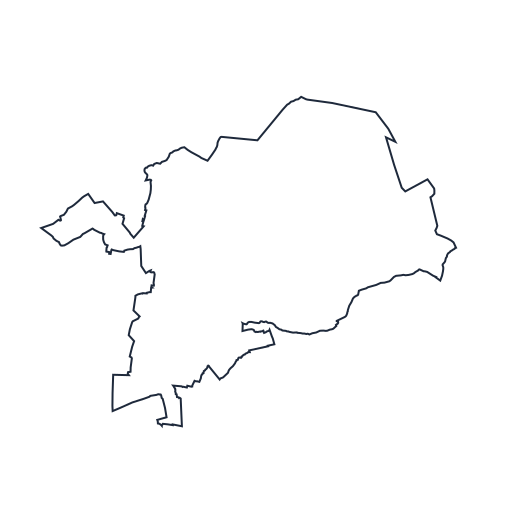 Amecameca, México, Mexico, rotated 339°
{"feature_id": "50627088B19477271407019", "entity_name": "Amecameca", "entity_type": "district", "adm_level": 2, "iso_a3": "MEX", "parent_name": "Mexico", "parent_adm1": "México", "projection": "orthographic", "projection_center": [-98.751, 19.12], "detail": "fine", "context": "isolated", "style": "outline", "palette": "slate", "viewbox_px": 512, "rotation_deg": 339, "n_neighbors": 0, "source": "geoboundaries", "source_scale": "gbopen_adm2", "svg_char_len": 6132}
<svg xmlns="http://www.w3.org/2000/svg" viewBox="0 0 512 512"><g transform="rotate(339 256 256)"><path d="M419.3,164.7L382.0,140.5L360.0,128.4L358.8,127.5L355.2,123.6L351.6,124.8L349.1,124.3L346.5,124.8L344.0,124.5L341.4,125.6L339.3,125.9L333.4,128.9L298.8,148.5L266.5,132.4L265.6,132.3L264.1,133.2L261.8,135.2L260.7,136.5L259.6,138.7L258.4,140.2L257.0,141.3L256.4,142.0L251.1,145.7L244.9,149.7L240.1,144.9L238.9,143.0L232.8,135.9L230.2,132.4L228.1,128.8L225.4,128.3L223.7,128.4L221.7,129.0L219.6,128.9L218.6,128.6L216.3,128.7L215.1,129.3L213.1,129.3L212.2,129.6L210.1,132.1L206.9,134.4L204.9,134.6L201.9,134.4L199.6,135.5L196.7,133.6L194.0,133.6L192.3,134.8L191.7,134.2L190.8,133.7L188.6,133.5L186.9,133.8L185.8,134.5L184.9,134.1L184.2,134.3L183.1,135.0L182.4,136.5L182.3,137.7L182.4,138.3L183.6,141.0L183.4,142.0L182.2,143.9L180.1,145.9L184.1,146.6L185.1,147.2L185.3,147.8L184.1,149.0L183.0,153.0L181.6,156.3L179.9,159.5L176.0,164.9L173.5,167.5L172.4,168.1L171.5,168.2L171.0,168.7L170.0,170.6L170.0,171.6L168.9,173.3L170.0,174.1L166.5,178.6L166.4,178.8L166.7,179.1L164.4,182.1L163.6,180.9L162.4,182.8L163.3,183.4L160.6,187.1L161.8,188.0L148.4,195.1L146.6,190.1L146.6,189.0L142.9,178.1L146.4,173.5L145.9,172.4L147.0,170.9L141.4,166.1L140.3,167.7L139.7,167.9L138.7,167.5L137.6,163.4L132.7,150.2L124.3,148.7L121.6,137.9L117.0,138.6L114.7,139.2L110.1,141.1L104.4,143.1L102.1,143.7L97.4,144.3L94.8,146.7L91.4,148.7L88.1,148.7L87.3,148.9L86.8,152.6L86.6,152.8L85.8,152.8L84.5,151.4L78.1,153.3L65.5,152.9L72.3,163.5L73.2,165.3L73.3,167.1L75.1,170.3L77.1,172.5L77.0,173.9L77.5,176.1L78.5,176.8L80.9,177.4L85.3,176.8L91.4,175.3L98.8,175.2L102.3,173.4L104.0,173.3L113.2,171.8L113.8,172.5L114.2,173.4L118.6,178.3L119.9,179.1L120.5,179.9L122.1,181.2L121.0,181.8L120.4,182.7L119.3,185.6L119.1,186.9L119.0,188.6L119.3,191.1L121.3,192.9L120.3,194.0L120.2,194.3L119.5,194.7L118.0,197.8L117.9,198.3L120.2,199.6L119.9,200.9L119.7,201.3L121.0,202.0L123.2,198.5L123.6,198.2L124.9,199.4L130.0,202.7L134.1,204.8L135.0,203.8L138.4,204.0L140.7,204.5L143.7,205.5L145.3,205.1L147.3,205.4L149.0,205.4L150.3,205.6L151.5,205.4L150.8,208.2L145.3,224.2L147.1,232.5L151.2,231.7L152.5,231.7L151.5,232.8L151.9,233.4L152.9,234.0L154.3,234.2L155.0,234.9L154.8,236.9L150.7,244.4L150.3,246.6L149.9,247.1L148.0,246.0L147.1,247.6L147.6,248.3L146.7,248.1L144.8,252.0L143.8,251.6L140.9,251.2L140.6,251.8L137.6,250.4L136.8,250.4L136.8,250.1L133.8,249.7L131.9,249.5L129.2,249.9L128.4,251.7L122.1,262.9L125.7,270.7L124.8,271.1L123.6,272.2L117.5,272.8L116.6,273.5L112.0,279.2L108.8,284.3L111.7,291.8L107.9,296.3L102.1,304.6L103.4,306.1L103.4,307.1L99.1,315.0L97.4,319.1L94.9,318.6L94.1,319.9L94.6,321.7L80.1,315.7L73.0,332.5L68.2,344.6L66.6,349.4L74.9,349.1L88.1,348.4L100.3,349.1L106.1,349.2L107.2,348.7L113.3,350.0L115.1,350.0L115.8,350.3L116.1,350.7L116.8,350.8L117.4,351.2L117.5,352.2L117.1,354.7L117.7,356.0L116.6,365.3L114.7,374.5L105.1,373.6L105.0,375.3L104.4,377.2L105.7,378.0L106.8,379.6L107.2,380.7L107.5,380.0L108.2,379.9L108.9,379.3L113.6,381.7L117.7,384.1L117.9,383.4L125.8,388.4L134.6,362.1L134.0,361.1L133.6,360.8L133.2,360.9L133.1,360.2L131.7,359.4L132.3,356.7L131.6,356.2L132.1,354.5L131.9,353.8L132.8,352.0L132.7,351.6L133.0,350.8L132.5,349.3L132.6,348.8L132.2,347.3L139.8,351.0L140.5,351.9L140.8,351.8L141.4,352.1L144.3,354.0L145.4,352.5L148.9,354.9L149.7,355.0L150.0,354.2L153.9,350.5L155.0,351.5L156.0,351.8L158.0,353.2L160.6,350.5L161.8,348.4L162.7,347.4L163.3,347.3L164.0,346.5L164.6,346.7L165.0,346.6L165.1,345.9L165.8,345.4L166.1,344.7L167.5,344.5L168.0,343.9L169.1,343.7L170.6,342.7L171.2,341.6L172.1,341.2L172.5,341.6L172.4,341.8L177.8,358.2L178.4,357.7L178.7,357.8L179.4,357.5L181.0,357.6L181.9,357.5L187.5,355.2L188.1,354.9L189.1,353.6L190.2,352.6L192.1,351.6L194.9,350.6L197.9,348.7L199.3,347.3L200.1,346.9L200.5,346.2L201.8,346.4L202.9,345.0L203.5,344.7L204.5,345.0L205.5,345.7L206.4,345.3L206.5,344.7L207.5,344.5L209.0,343.8L210.2,344.0L211.2,343.4L212.7,343.4L213.9,343.2L214.4,342.9L215.7,343.5L215.8,341.7L234.9,344.6L234.9,344.0L241.5,345.0L242.1,339.1L242.0,336.7L242.2,329.7L241.7,330.2L241.1,330.5L239.2,330.3L237.8,330.7L236.0,330.7L236.1,328.3L235.7,328.3L235.1,328.6L233.5,328.1L233.1,328.3L232.4,327.9L230.4,327.6L229.2,326.9L228.6,327.0L227.5,325.9L227.5,324.5L227.2,324.1L226.6,323.4L225.5,322.7L222.3,321.9L216.5,321.2L219.4,314.4L219.4,313.9L220.2,314.8L222.4,316.3L223.0,316.3L224.4,315.3L225.9,315.1L228.1,315.9L231.0,317.8L234.6,319.7L235.3,319.7L236.6,318.8L237.2,318.7L238.3,319.3L239.1,320.2L240.0,320.7L241.2,320.6L242.1,320.9L243.0,322.4L243.6,322.9L245.4,323.5L247.3,324.9L248.8,327.4L249.1,329.1L249.4,329.7L250.2,330.6L251.6,332.8L253.3,333.9L253.9,335.0L257.1,336.6L257.9,337.5L259.3,338.1L259.8,338.7L263.1,340.8L266.8,342.0L267.0,342.5L270.1,344.0L271.9,345.2L273.3,345.7L275.1,346.9L276.1,347.0L276.8,347.4L277.7,348.4L280.9,348.3L284.8,349.0L288.9,348.7L292.2,349.8L294.3,350.9L295.8,351.3L298.5,351.2L300.6,351.6L302.1,351.6L305.9,350.1L305.9,349.0L307.1,348.6L307.7,348.6L308.6,348.0L309.0,347.3L309.1,346.6L308.0,345.8L308.1,345.5L316.4,344.8L317.7,344.6L318.8,344.1L320.6,342.2L321.1,341.2L321.9,340.5L322.3,339.5L325.3,335.8L328.6,333.2L331.3,330.4L333.4,329.4L334.6,329.3L335.5,329.0L336.7,329.1L337.5,328.7L339.6,325.3L342.7,325.3L347.2,325.7L349.3,325.3L357.9,326.1L362.8,325.8L366.4,326.9L371.4,327.4L372.9,327.0L377.2,325.0L379.7,324.7L384.3,326.0L386.8,326.4L388.8,327.6L391.8,328.4L395.6,328.9L397.4,328.7L399.0,328.1L402.3,327.6L402.8,327.2L403.6,327.0L404.0,327.2L407.0,330.3L408.1,330.8L410.1,332.2L414.3,337.9L416.5,340.0L416.1,340.2L419.2,345.0L422.6,341.1L425.0,337.4L426.2,335.2L426.8,333.6L426.9,331.4L427.3,330.7L429.8,329.4L430.6,328.8L432.5,326.0L434.0,325.0L434.5,323.9L435.5,323.0L436.2,322.4L438.5,321.8L439.1,321.3L441.1,321.0L442.0,320.7L443.9,320.5L444.4,320.0L445.7,320.0L445.3,314.1L443.7,311.4L441.1,308.3L435.7,303.1L432.7,300.5L432.5,296.5L434.7,294.5L436.1,292.8L439.9,263.7L441.8,263.3L444.8,261.8L446.0,258.8L446.5,256.8L443.6,245.9L418.5,249.2L416.5,244.5L417.6,220.4L419.9,191.8L427.0,199.3L425.1,184.6L419.3,164.7Z" fill="none" stroke="#1e293b" stroke-width="2"/></g></svg>